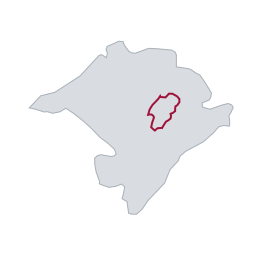 location of Šavnik within Montenegro, rotated 99°
{"feature_id": "MNE-1519", "entity_name": "Šavnik", "entity_type": "Municipality", "adm_level": 1, "iso_a3": "MNE", "parent_name": "Montenegro", "parent_adm1": "", "projection": "mercator", "projection_center": [19.144, 42.978], "detail": "fine", "context": "in_parent", "style": "outline", "palette": "rose", "viewbox_px": 256, "rotation_deg": 99, "n_neighbors": 0, "source": "natural_earth", "source_scale": "10m", "svg_char_len": 1664}
<svg xmlns="http://www.w3.org/2000/svg" viewBox="0 0 256 256"><g transform="rotate(99 128 128)"><path d="M110.5,28.4L110.3,29.9L110.7,34.3L112.7,38.6L119.7,43.0L130.0,51.6L142.1,67.5L147.7,72.2L152.7,73.3L162.4,79.9L169.2,81.5L176.8,83.3L196.6,97.0L205.5,101.0L211.8,106.1L212.5,111.0L212.2,114.0L200.8,117.5L198.8,122.8L193.2,122.2L186.6,122.1L184.4,125.5L187.6,131.1L189.6,137.6L188.0,146.5L187.4,147.7L185.8,147.4L176.4,152.6L169.4,155.0L163.0,156.2L160.0,153.8L158.6,150.4L158.8,140.6L157.7,137.2L155.5,135.6L151.2,138.0L146.2,145.5L141.5,154.4L134.5,163.5L128.7,172.3L122.4,183.4L118.2,192.5L122.6,197.7L125.3,204.9L124.5,210.2L125.3,213.4L123.9,222.8L123.6,228.7L109.8,219.2L104.2,205.9L84.0,183.4L60.9,168.0L59.7,165.6L60.9,162.6L62.0,160.3L57.2,160.1L53.9,162.0L50.7,161.4L47.1,155.7L43.7,150.6L43.5,146.2L45.1,145.6L47.4,143.9L52.2,139.0L53.2,136.4L53.0,132.5L46.1,120.1L45.2,112.0L44.2,97.0L45.6,93.4L48.1,91.7L60.1,89.8L59.9,78.1L60.6,74.6L63.0,69.7L64.5,65.2L71.2,58.8L80.2,51.2L84.1,51.0L87.6,52.0L91.5,58.6L95.7,57.8L96.6,49.9L91.0,39.5L88.1,32.9L89.0,29.2L91.1,27.3L95.8,28.5L100.4,30.3L103.3,29.1L107.9,28.2L110.5,28.4Z" fill="#d9dde1" stroke="#a8b0b8" stroke-width="1"/><path d="M95.5,81.8L97.8,82.9L99.2,84.5L101.1,84.5L104.0,84.1L106.1,86.1L107.3,88.2L109.3,87.4L112.0,87.4L114.5,89.8L115.7,91.4L117.3,92.2L122.7,94.4L122.6,94.7L123.6,98.8L126.3,101.1L125.1,103.1L123.7,105.2L119.2,105.0L113.5,104.0L112.0,105.0L111.0,106.8L111.2,108.7L111.8,110.2L106.2,109.5L101.3,107.4L98.4,105.3L94.4,102.6L91.4,101.2L92.3,100.6L91.9,95.7L87.7,92.9L87.2,89.5L89.0,84.6L91.3,81.8L94.6,81.3L95.5,81.8Z" fill="none" stroke="#9f1239" stroke-width="2"/></g></svg>